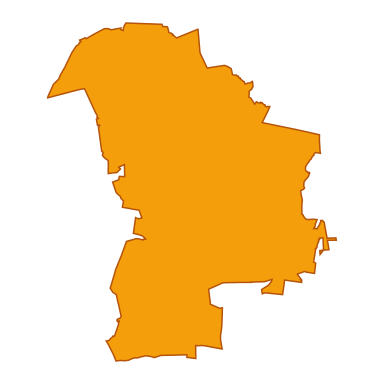 Colón, Querétaro, Mexico
{"feature_id": "50627088B94679660634187", "entity_name": "Colón", "entity_type": "district", "adm_level": 2, "iso_a3": "MEX", "parent_name": "Mexico", "parent_adm1": "Querétaro", "projection": "mercator", "projection_center": [-100.086, 20.75], "detail": "fine", "context": "isolated", "style": "filled", "palette": "amber", "viewbox_px": 384, "rotation_deg": 0, "n_neighbors": 0, "source": "geoboundaries", "source_scale": "gbopen_adm2", "svg_char_len": 5704}
<svg xmlns="http://www.w3.org/2000/svg" viewBox="0 0 384 384"><path d="M121.0,28.0L111.3,29.8L108.3,28.7L108.0,28.6L104.3,28.7L94.0,34.2L86.2,38.7L85.2,37.7L82.8,38.9L79.6,40.1L80.9,41.6L79.4,42.6L79.6,43.1L78.2,44.7L76.1,46.2L71.9,52.6L66.4,64.0L65.8,65.2L65.8,65.4L65.6,65.8L65.4,66.1L65.4,66.3L60.0,75.7L59.1,78.2L58.7,79.1L56.8,81.0L55.0,82.8L53.5,84.2L48.0,96.4L47.7,97.8L79.1,89.6L82.4,89.0L84.5,88.6L95.5,112.6L96.6,114.6L97.0,114.9L97.1,115.1L97.2,115.3L97.2,116.1L97.1,116.7L96.9,117.1L97.1,117.3L97.7,117.8L98.4,118.1L98.6,118.4L98.5,118.5L97.7,118.7L96.8,118.9L96.4,119.2L97.5,125.3L98.0,125.2L98.2,124.9L98.5,124.8L99.0,124.9L99.7,125.4L99.5,126.1L99.2,126.4L99.0,126.7L98.4,127.0L101.7,151.2L102.1,151.4L102.2,151.7L102.3,151.7L102.4,151.8L102.5,151.9L103.0,152.3L103.0,152.5L103.0,153.6L102.6,154.5L102.5,155.2L102.6,155.6L103.6,156.9L105.1,158.4L107.3,159.9L108.3,160.6L108.3,160.9L108.2,161.7L108.3,161.7L108.3,163.1L108.3,165.1L108.3,167.2L108.2,169.2L108.2,171.4L108.3,173.6L108.8,173.4L110.2,173.3L112.3,172.9L116.8,172.6L120.5,169.0L118.7,167.2L124.4,164.6L124.7,176.6L119.4,176.4L118.9,178.3L118.8,179.7L112.6,182.1L115.2,189.7L115.9,192.0L117.4,193.9L120.3,196.3L120.9,198.3L123.5,201.1L122.9,204.3L122.4,207.2L122.4,207.3L124.9,207.7L126.7,208.0L130.6,208.7L132.5,209.1L139.1,210.2L139.8,212.1L140.5,214.1L141.2,216.0L141.9,218.0L139.7,218.5L138.3,218.8L138.1,218.7L135.6,217.6L133.4,233.4L134.4,233.6L139.5,234.9L142.6,236.0L145.6,239.0L143.6,239.3L143.7,239.5L143.3,239.9L141.5,239.6L138.0,238.7L135.7,238.7L133.9,239.4L128.6,240.8L126.5,241.4L121.2,256.0L115.6,269.7L114.0,275.6L110.2,288.2L112.8,292.3L116.3,294.6L117.3,299.3L117.6,300.8L117.7,301.3L118.2,303.0L118.6,304.9L119.1,307.0L119.5,308.8L119.9,310.7L120.6,313.8L121.2,316.3L120.0,318.3L119.3,318.5L118.2,318.7L117.0,319.8L117.0,320.9L117.3,321.3L117.5,321.4L117.6,321.5L117.8,321.0L118.4,321.0L118.9,321.0L119.3,321.1L119.4,321.5L118.8,321.6L118.3,325.0L118.2,325.4L114.5,336.1L114.1,336.1L113.0,336.0L112.8,336.6L110.0,339.1L109.3,339.9L108.8,340.5L106.2,341.0L108.6,344.9L113.4,354.5L116.0,361.0L120.0,360.5L124.4,360.7L126.0,360.6L128.6,360.2L131.7,358.8L133.7,358.1L134.5,357.9L136.6,357.9L138.6,357.7L140.5,356.9L142.8,356.5L145.6,355.8L149.8,356.3L151.6,356.7L153.9,357.5L154.7,357.5L157.5,356.5L159.7,355.8L161.0,355.4L170.6,355.2L178.9,355.0L186.9,354.8L186.9,357.4L192.6,358.1L195.8,358.5L195.8,356.5L195.7,353.5L195.7,352.2L195.7,351.1L195.7,350.4L195.7,349.8L195.7,348.6L195.7,347.4L195.7,346.8L195.7,345.5L196.3,345.5L197.7,345.7L198.7,345.7L201.7,345.5L202.3,345.5L202.8,345.6L205.0,345.8L215.0,347.7L222.1,349.0L220.6,340.2L220.5,335.9L221.4,329.5L221.8,325.7L222.0,320.8L222.4,307.8L220.1,308.2L219.5,308.2L210.5,304.3L208.6,289.2L222.7,282.9L223.9,282.8L224.2,282.7L241.3,282.4L251.3,282.4L251.2,282.1L264.5,281.7L272.0,279.4L271.3,281.8L271.2,281.8L270.9,282.1L268.6,285.1L261.7,289.5L262.0,292.7L262.3,293.8L265.0,292.8L272.6,293.6L282.6,294.6L284.0,284.9L284.2,283.0L284.6,280.1L286.2,280.3L298.0,281.9L298.6,282.0L298.8,282.0L299.0,282.1L299.4,282.1L299.7,282.1L300.2,282.2L300.3,282.2L301.2,282.3L301.6,282.4L301.6,281.4L301.1,280.2L300.4,279.7L300.5,279.6L301.4,279.7L300.8,278.8L300.2,278.1L297.3,274.2L297.6,273.9L299.0,273.5L300.3,273.0L301.8,272.5L303.9,271.7L304.7,271.4L306.0,272.1L314.5,273.4L315.7,263.1L313.6,262.1L315.1,252.9L315.4,250.4L315.8,249.1L315.4,249.0L315.4,248.4L316.2,248.3L317.1,246.9L317.0,245.1L318.2,242.7L318.4,242.0L318.3,241.5L318.9,241.0L318.6,240.6L318.6,240.0L319.0,239.7L318.8,239.2L319.8,239.0L319.8,238.0L323.0,238.0L323.5,250.0L319.8,250.7L319.9,251.9L320.0,253.7L320.1,254.5L323.5,250.1L329.0,249.7L327.4,240.3L336.3,240.2L335.9,237.9L327.1,238.2L324.1,222.1L323.3,221.6L322.5,220.4L320.7,220.5L320.9,221.2L320.7,222.0L320.1,222.8L319.7,224.4L316.9,228.9L315.7,228.5L313.7,228.6L315.1,226.3L315.2,224.9L315.5,223.5L315.8,222.9L317.1,219.6L316.4,219.6L313.8,219.2L313.2,219.3L312.5,219.3L312.3,219.3L312.1,219.3L309.4,219.4L309.1,219.5L308.7,219.6L307.7,219.6L306.2,219.1L305.6,218.8L305.1,218.2L304.8,218.0L304.8,217.9L303.9,216.7L302.9,214.8L302.7,214.5L302.0,214.3L301.9,214.1L301.9,211.4L301.8,207.1L301.8,206.0L302.2,200.9L302.3,200.6L302.3,199.8L301.4,195.5L300.9,193.6L300.8,190.6L301.0,190.4L303.4,189.4L303.5,189.2L304.6,188.0L304.1,187.1L303.8,186.3L303.8,185.8L303.9,182.6L304.4,181.4L304.6,181.0L308.4,176.5L309.7,172.8L309.2,172.4L308.8,172.9L308.2,172.9L307.4,171.6L306.4,171.4L305.4,169.6L305.6,166.4L306.4,165.7L306.6,164.8L307.2,163.9L308.8,162.1L309.6,160.3L310.8,159.5L311.6,158.2L312.2,156.6L313.8,155.4L313.7,154.6L314.0,154.0L315.6,152.5L320.4,153.3L320.0,150.5L319.4,139.9L319.5,134.8L297.3,129.8L262.2,122.6L267.9,111.1L269.7,106.9L269.8,106.6L267.6,106.4L266.3,107.0L265.6,106.5L265.0,105.6L265.2,105.0L264.6,104.7L264.2,104.8L262.8,103.6L262.2,102.8L261.2,103.2L261.2,102.8L260.8,102.3L260.4,102.8L258.0,102.8L257.1,102.0L256.3,101.8L255.9,102.5L254.7,104.1L250.7,98.0L249.0,97.2L249.0,95.2L249.3,92.9L249.0,91.6L250.2,90.3L251.4,89.5L253.0,86.7L252.6,82.2L252.2,81.4L250.6,82.6L249.8,83.0L247.8,83.0L246.1,83.9L244.9,83.9L244.2,81.6L243.3,81.5L242.6,80.6L241.8,80.0L241.0,79.6L240.4,79.0L240.5,78.4L240.1,77.9L239.3,77.9L239.1,77.4L238.5,77.1L238.3,76.5L238.3,76.0L237.2,76.0L236.6,75.8L236.3,75.0L233.8,75.2L232.4,74.4L232.0,72.2L231.2,68.7L227.9,66.6L227.0,66.5L226.7,66.1L224.4,65.4L207.2,68.0L200.0,52.8L198.0,29.3L197.7,29.3L176.7,37.9L175.6,37.2L173.4,35.4L172.5,35.1L172.6,34.7L172.9,34.5L171.2,33.1L169.9,33.0L169.0,32.6L167.5,26.9L167.1,26.7L162.7,26.5L162.0,24.3L125.9,23.0L125.1,24.3L124.4,25.6L123.8,26.9L123.5,27.8L123.4,28.5L123.2,30.5L120.7,29.6L121.0,28.0Z" fill="#f59e0b" stroke="#b45309" stroke-width="1.5"/></svg>